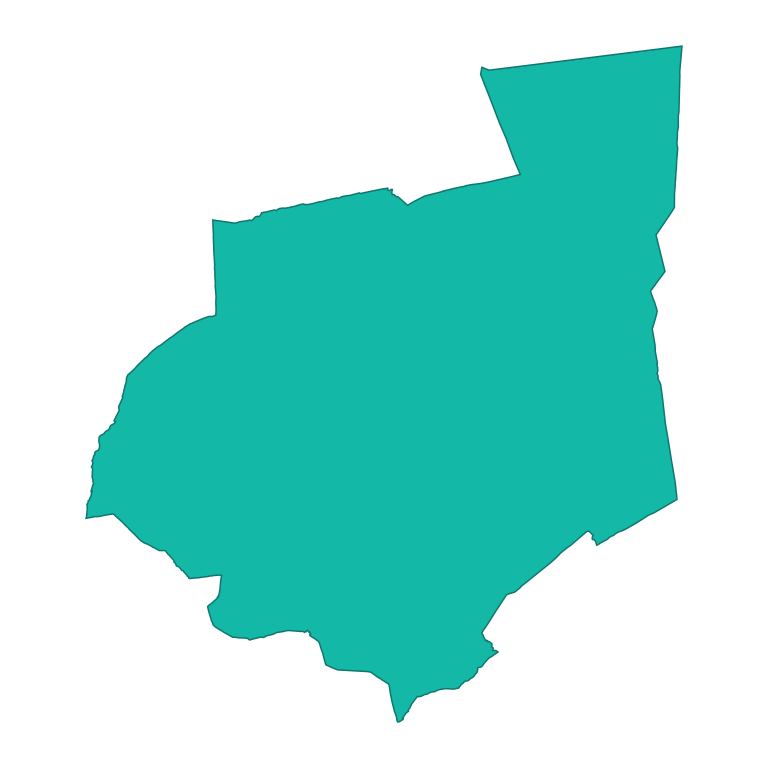 the district of Darova, Timis, Romania
{"feature_id": "2599482B42801620719721", "entity_name": "Darova", "entity_type": "district", "adm_level": 2, "iso_a3": "ROU", "parent_name": "Romania", "parent_adm1": "Timis", "projection": "equal_earth", "projection_center": [21.73, 45.612], "detail": "fine", "context": "isolated", "style": "filled", "palette": "teal", "viewbox_px": 768, "rotation_deg": 0, "n_neighbors": 0, "source": "geoboundaries", "source_scale": "gbopen_adm2", "svg_char_len": 6074}
<svg xmlns="http://www.w3.org/2000/svg" viewBox="0 0 768 768"><path d="M397.6,721.9L398.5,721.9L399.7,721.5L402.9,719.5L403.2,719.0L402.6,718.4L402.5,718.0L403.3,717.6L404.1,715.8L406.3,712.8L408.4,711.4L408.1,711.0L408.1,710.5L409.5,708.5L411.7,703.9L417.3,696.5L418.2,696.7L421.1,696.3L424.2,694.7L427.2,694.1L430.2,692.4L431.6,692.0L434.5,691.7L437.6,690.2L439.0,689.7L445.4,688.6L446.8,688.8L447.6,688.7L453.9,689.1L458.7,688.0L461.3,684.4L462.7,683.6L464.5,681.6L465.8,681.0L467.6,680.8L468.5,680.4L470.8,678.4L472.2,677.7L474.0,676.3L475.1,674.4L476.4,673.1L477.2,671.9L477.8,669.5L477.5,668.8L477.7,668.0L478.5,667.5L480.6,667.2L481.9,666.5L484.8,662.5L489.0,658.0L491.5,656.6L498.0,652.0L497.1,651.2L495.1,650.4L492.7,650.7L492.5,650.3L492.6,649.9L493.1,649.2L493.3,648.7L493.0,647.7L492.4,647.4L492.0,646.9L491.8,645.9L492.0,643.8L489.3,641.7L488.1,641.3L487.6,641.5L487.4,640.7L487.1,640.4L486.5,640.3L485.6,640.8L485.4,640.5L485.2,639.6L484.0,637.7L483.0,634.9L481.7,633.1L483.5,630.1L487.5,624.3L496.8,609.6L506.4,595.0L508.8,593.9L514.6,592.1L515.4,591.6L520.5,587.4L521.3,586.1L523.3,584.7L550.1,563.1L556.5,557.4L561.1,552.6L567.6,547.4L569.7,546.0L571.9,544.3L586.5,531.7L588.5,531.1L590.5,532.5L592.1,534.5L593.0,535.0L593.1,535.6L592.5,536.7L592.2,537.8L592.2,539.0L593.1,539.7L594.1,539.5L595.3,541.0L595.9,542.5L596.7,545.2L597.5,544.7L598.6,544.4L599.7,543.4L606.8,539.6L608.2,538.7L609.1,537.6L610.7,536.6L613.7,535.3L615.1,534.0L616.8,532.9L618.8,531.9L623.3,530.3L626.7,528.5L636.2,523.1L648.7,515.1L654.4,512.6L677.0,499.4L675.3,482.9L671.2,458.8L668.1,439.4L665.4,423.7L662.5,398.0L660.6,384.2L659.5,381.7L658.1,379.3L658.0,375.5L656.9,373.4L657.5,372.3L657.8,370.8L657.6,367.2L657.0,365.3L657.3,362.5L655.3,351.6L655.1,345.7L654.9,344.2L652.2,328.5L652.7,327.7L654.9,320.2L656.6,314.0L657.1,311.2L656.9,309.8L654.3,301.4L653.5,299.7L650.5,291.4L651.0,290.4L655.4,284.6L656.0,283.5L665.0,271.5L656.0,235.0L670.9,213.1L674.4,207.5L674.5,193.4L675.2,185.7L675.2,182.8L675.5,181.1L676.0,171.3L676.3,169.8L676.6,162.1L677.7,148.4L677.0,144.3L676.9,142.1L677.3,139.1L677.4,133.1L677.7,130.4L678.3,127.2L678.3,117.1L678.5,114.5L678.9,112.3L679.9,75.2L679.7,72.0L682.0,46.1L489.1,70.2L481.9,67.3L480.6,74.4L490.7,100.0L499.5,123.1L506.2,138.5L512.9,157.0L520.3,174.5L509.7,177.1L486.7,182.4L479.4,183.7L470.8,184.7L466.4,185.6L464.3,186.3L453.6,188.5L442.8,191.2L440.7,192.0L426.7,195.5L424.5,196.1L423.0,196.9L413.2,201.9L407.6,205.3L397.9,196.7L396.0,196.6L394.1,194.6L392.4,194.5L392.0,194.2L391.8,192.2L392.4,189.7L392.0,189.3L390.8,189.6L389.7,190.5L388.7,190.4L387.6,189.8L387.5,189.1L387.8,188.4L388.4,188.1L381.6,189.1L362.7,193.0L360.5,193.6L359.5,192.9L349.9,195.4L346.3,195.8L342.0,196.6L338.3,198.3L337.7,198.3L336.9,197.9L326.8,200.1L322.2,201.5L319.2,201.8L313.0,203.5L307.4,204.6L305.0,204.5L303.1,203.9L298.7,205.0L294.3,206.4L289.2,207.5L284.5,208.3L283.6,208.0L279.6,208.5L277.4,209.5L276.5,210.7L275.2,210.1L274.1,210.0L265.6,212.1L263.6,212.3L261.6,212.8L261.2,213.4L261.0,214.4L259.6,216.3L256.2,216.5L254.7,217.5L252.2,220.5L249.4,220.1L246.0,220.9L240.5,221.6L235.2,223.2L212.8,220.0L213.3,233.1L213.5,234.0L213.3,235.7L213.9,252.2L214.7,265.3L214.5,268.6L215.0,272.0L214.8,274.1L215.4,283.9L215.2,285.8L216.1,296.6L215.8,302.2L216.1,309.5L215.8,315.1L212.3,316.5L209.5,316.4L206.9,317.1L202.1,318.9L190.2,323.9L185.1,327.0L183.0,328.7L177.9,332.2L171.6,337.1L169.8,338.1L160.8,345.1L158.4,346.3L152.8,350.6L149.8,353.4L146.9,356.8L145.4,357.8L137.6,365.3L134.5,369.0L127.9,374.8L126.7,377.4L126.3,380.2L126.3,381.3L125.9,383.2L125.0,385.6L124.7,387.7L124.0,389.8L123.3,393.4L122.2,396.8L122.8,397.4L118.6,406.8L119.2,410.5L114.2,420.2L114.1,421.0L115.4,421.6L115.2,422.2L114.3,423.5L111.5,425.0L110.2,426.2L109.5,428.2L108.6,429.7L105.3,431.8L103.5,434.1L101.4,434.9L100.2,435.9L99.5,436.7L99.0,437.7L99.0,439.1L98.8,440.6L99.2,443.3L99.7,444.6L99.4,448.1L98.4,450.0L97.9,450.4L95.6,451.6L94.9,452.4L94.7,454.3L93.9,455.5L93.5,456.4L93.2,457.6L93.1,458.7L92.0,460.6L92.7,462.1L92.9,463.2L92.6,464.6L91.6,466.4L91.5,467.2L92.7,469.1L92.7,469.9L92.5,470.5L92.2,472.5L92.2,472.8L92.6,473.6L92.2,475.0L92.2,477.5L92.9,479.3L92.9,481.7L93.4,483.1L93.5,483.7L92.8,485.0L91.0,491.5L91.2,491.8L92.0,491.0L92.2,491.5L91.7,492.5L90.9,496.4L89.9,498.2L89.4,499.9L88.2,500.6L88.2,502.1L86.9,504.5L87.2,506.1L87.2,509.7L86.5,516.9L86.0,518.3L95.3,516.6L98.4,516.6L106.6,514.9L112.8,514.0L113.9,514.3L115.6,516.1L122.0,521.8L124.8,524.7L128.5,528.2L128.8,528.7L130.4,530.4L135.1,534.9L138.9,538.9L141.2,541.0L143.8,542.7L148.2,544.5L151.2,546.1L153.0,547.4L154.0,547.6L159.4,550.6L165.2,550.6L168.2,554.4L168.7,554.7L173.8,560.4L174.1,562.3L175.1,562.9L176.0,564.8L176.4,565.9L177.4,566.2L179.0,567.0L180.4,568.5L181.8,570.5L183.2,570.7L183.5,571.0L184.0,572.2L185.0,573.1L185.9,574.3L186.5,574.7L187.3,576.1L188.1,576.4L188.8,578.1L189.3,578.4L190.1,578.6L191.9,578.2L198.4,577.8L202.4,577.1L206.7,576.7L210.4,575.9L211.9,576.0L212.9,575.6L219.4,575.1L221.6,575.3L220.7,580.5L220.0,588.8L219.1,594.0L218.5,595.7L218.4,596.7L218.0,597.0L217.6,596.8L217.4,597.0L217.5,597.6L217.1,598.4L213.6,601.4L211.9,603.1L208.4,605.6L207.7,606.6L208.3,609.8L209.4,613.9L211.1,619.1L211.3,620.6L212.3,621.9L213.2,625.0L215.7,627.2L218.5,629.0L223.1,631.7L223.8,632.3L229.9,635.6L232.4,637.2L235.2,637.3L239.2,637.9L244.2,638.0L246.8,638.3L247.9,638.5L248.9,639.6L249.8,640.0L253.3,638.9L256.9,638.1L260.7,637.0L262.1,637.4L263.3,637.4L265.5,636.7L265.6,636.1L273.2,634.3L274.8,633.3L276.7,632.5L283.0,631.6L285.6,630.9L288.3,630.5L301.6,631.5L303.0,631.3L304.5,632.4L305.9,631.2L306.5,631.6L307.4,630.4L309.5,631.9L309.1,632.4L310.4,633.3L310.7,633.9L309.6,634.9L310.0,635.6L311.1,636.5L314.7,638.6L318.6,641.6L319.6,643.7L321.1,648.8L322.6,652.9L325.6,664.2L326.3,665.0L333.3,668.2L337.7,669.9L364.5,671.4L367.7,671.6L370.9,672.2L377.9,677.3L380.8,678.9L382.3,680.1L383.8,680.9L388.3,683.9L389.1,684.9L390.4,693.6L392.1,702.1L394.6,711.8L395.5,713.8L395.7,715.0L396.4,716.1L396.8,719.8L397.6,721.9Z" fill="#14b8a6" stroke="#0f766e" stroke-width="1.5"/></svg>